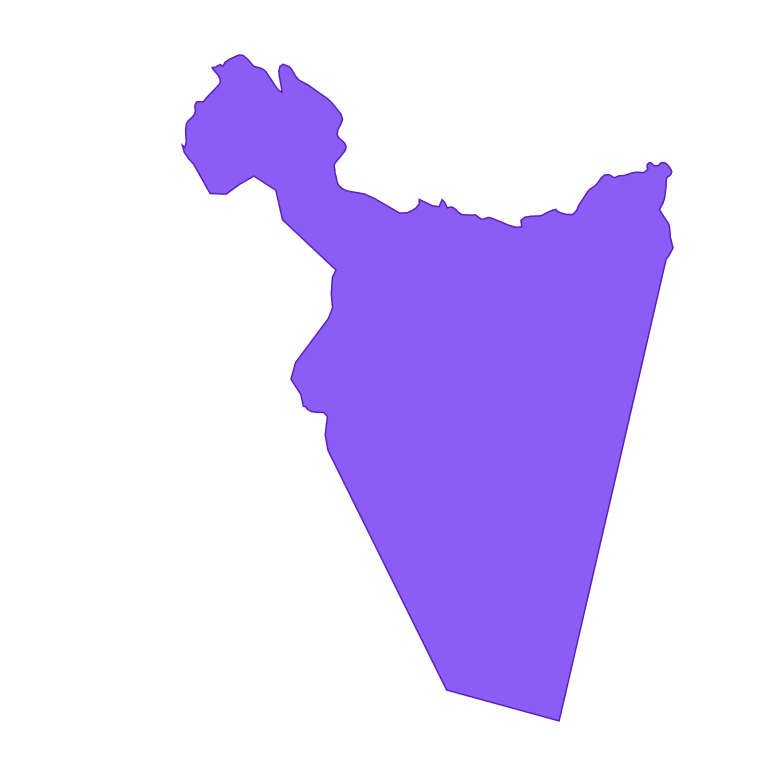 Kagera, Albers equal-area conic projection, rotated 103°
{"feature_id": "TZA-3360", "entity_name": "Kagera", "entity_type": "Region", "adm_level": 1, "iso_a3": "TZA", "parent_name": "United Republic of Tanzania", "parent_adm1": "", "projection": "albers", "projection_center": [30.807, -1.99], "detail": "fine", "context": "isolated", "style": "filled", "palette": "violet", "viewbox_px": 768, "rotation_deg": 103, "n_neighbors": 0, "source": "natural_earth", "source_scale": "10m", "svg_char_len": 2636}
<svg xmlns="http://www.w3.org/2000/svg" viewBox="0 0 768 768"><g transform="rotate(103 384 384)"><path d="M111.0,176.9L108.8,175.4L108.4,173.9L109.1,172.4L110.0,171.0L110.5,169.5L109.7,166.1L106.0,163.6L105.2,160.9L106.0,158.1L107.9,155.4L109.9,153.3L110.2,153.0L112.2,151.4L115.3,151.6L117.2,152.9L118.5,154.3L119.9,154.9L122.9,154.7L127.6,153.6L140.2,152.4L145.6,153.0L151.6,154.9L154.8,152.3L163.8,142.8L167.4,140.9L176.9,137.9L186.3,133.0L195.1,135.3L199.1,137.2L215.3,137.2L261.1,137.2L306.9,137.2L312.2,137.2L352.7,137.3L398.5,137.3L444.3,137.3L488.7,137.4L490.0,137.4L535.9,137.4L581.7,137.5L627.5,137.5L672.9,137.6L668.1,254.1L461.2,423.7L446.6,429.9L428.5,431.8L425.3,436.2L426.8,443.5L427.2,448.4L425.7,453.1L423.9,454.9L423.8,457.5L412.9,462.7L400.3,475.7L383.0,475.0L332.9,453.0L321.5,451.2L308.3,455.6L291.6,458.3L283.7,456.5L246.8,519.8L219.5,533.0L210.7,557.6L222.2,569.9L234.5,580.5L237.5,596.3L212.9,618.6L208.3,625.1L203.3,630.7L196.7,634.2L198.4,631.2L192.5,631.2L180.9,634.5L175.1,635.0L171.8,634.0L166.0,630.2L163.0,629.1L159.9,629.3L157.4,630.3L154.8,630.9L151.5,630.2L150.8,629.1L150.1,625.0L149.4,623.5L148.4,622.8L145.1,621.4L128.8,611.7L126.8,611.4L123.3,612.6L120.4,615.1L115.4,621.9L114.2,622.5L114.2,622.4L113.1,619.3L111.0,617.1L109.5,615.2L110.7,612.4L106.1,611.2L102.3,607.6L96.1,599.5L95.5,595.2L98.4,589.7L103.8,582.3L103.9,575.9L104.7,572.1L106.7,568.8L121.1,553.7L122.7,548.9L117.0,551.1L108.0,555.1L102.8,556.9L97.9,556.8L95.1,554.1L96.1,548.0L98.1,544.9L104.1,539.2L106.5,536.1L107.6,533.5L109.6,525.5L119.1,502.5L122.4,497.2L130.7,486.7L135.5,483.9L140.9,484.6L146.3,486.1L151.5,485.8L154.3,483.5L157.9,476.8L160.7,474.5L164.0,474.1L166.6,474.9L179.7,481.4L181.7,481.8L184.0,481.2L185.8,480.2L189.3,479.3L193.2,477.1L197.4,475.3L200.6,472.9L203.2,468.2L204.2,463.1L203.2,446.0L205.4,435.0L214.0,407.2L211.9,399.9L209.2,396.3L205.4,392.5L200.9,390.2L196.2,391.2L199.5,376.7L198.7,370.1L191.3,368.9L192.5,366.9L194.0,365.2L198.1,362.1L196.2,357.6L197.6,353.7L200.1,350.0L201.5,345.8L199.5,335.7L198.6,333.1L201.5,326.2L200.9,323.9L198.6,320.5L198.1,319.2L198.2,316.5L201.4,296.8L201.6,290.4L199.8,285.1L193.8,287.4L189.9,284.3L187.5,278.7L185.1,269.7L184.0,267.8L180.9,264.4L176.7,258.9L175.2,255.7L176.6,254.2L177.4,251.3L177.8,244.8L176.4,238.2L171.5,235.3L166.6,234.6L150.1,228.5L147.8,227.1L144.1,223.5L141.4,221.6L134.1,218.6L130.8,216.2L129.5,212.2L129.7,210.3L130.3,208.8L130.9,207.7L131.1,207.0L130.6,204.9L128.3,201.9L126.8,196.8L122.3,189.3L120.8,185.6L119.8,179.2L118.7,177.6L115.6,175.4L114.6,175.7L113.0,176.6L111.0,176.9Z" fill="#8b5cf6" stroke="#5b21b6" stroke-width="1.5"/></g></svg>